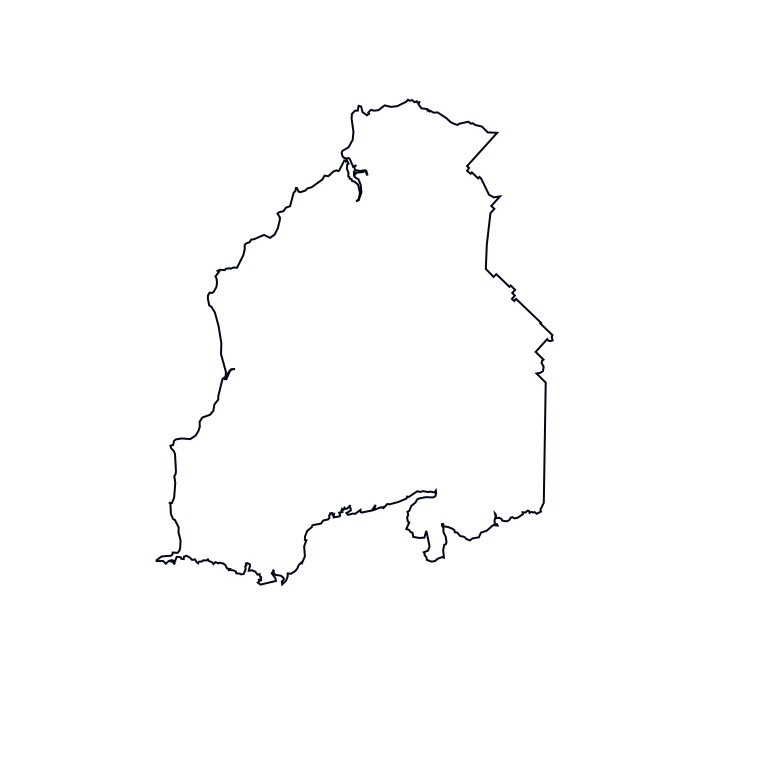 George Town, Tasmania, Australia, rotated 303°
{"feature_id": "25037944B54594589896924", "entity_name": "George Town", "entity_type": "district", "adm_level": 2, "iso_a3": "AUS", "parent_name": "Australia", "parent_adm1": "Tasmania", "projection": "robinson", "projection_center": [146.946, -41.12], "detail": "fine", "context": "isolated", "style": "outline", "palette": "ink", "viewbox_px": 768, "rotation_deg": 303, "n_neighbors": 0, "source": "geoboundaries", "source_scale": "gbopen_adm2", "svg_char_len": 6166}
<svg xmlns="http://www.w3.org/2000/svg" viewBox="0 0 768 768"><g transform="rotate(303 384 384)"><path d="M606.7,223.7L603.1,223.0L602.5,224.3L600.1,223.3L600.3,218.0L604.2,213.8L603.5,211.2L598.9,213.1L597.4,210.8L593.1,210.0L588.9,212.3L578.9,221.0L571.9,224.7L563.4,225.4L556.9,222.2L554.9,222.5L552.6,224.9L551.9,226.9L552.9,230.2L554.3,231.4L554.0,232.9L549.3,239.9L550.1,240.5L550.4,239.6L550.6,240.7L552.5,241.4L549.5,241.1L547.7,243.2L549.8,248.2L553.1,251.8L553.1,253.1L551.1,255.5L549.8,256.5L552.7,252.3L550.0,250.6L546.3,245.9L543.8,245.6L546.1,243.5L545.7,243.1L542.2,245.5L541.5,248.0L541.8,250.9L538.5,255.8L532.4,260.7L524.3,262.7L522.0,261.2L525.3,262.1L531.1,259.8L537.1,253.7L537.7,248.9L536.8,246.8L538.2,245.0L537.4,243.5L538.8,242.2L538.6,241.0L541.6,239.3L544.5,235.5L548.1,233.6L549.4,234.3L551.3,231.2L550.2,230.9L550.8,230.4L550.0,229.0L538.5,230.1L537.5,229.5L537.2,227.6L534.5,225.8L527.9,224.1L526.4,220.7L521.8,220.9L509.5,216.1L506.4,213.3L503.6,212.8L499.4,209.5L498.8,207.6L500.9,204.2L500.4,203.4L497.7,204.5L495.1,204.1L481.9,208.4L478.7,205.8L474.1,205.5L471.1,202.6L469.0,201.8L466.9,206.1L464.5,207.4L456.8,210.1L449.5,210.9L444.5,208.8L443.7,202.2L434.5,196.1L432.9,194.0L429.6,194.0L427.2,192.0L424.9,191.4L421.1,193.8L415.3,195.9L401.4,197.4L399.8,194.4L397.2,192.7L397.0,191.5L394.3,188.5L392.8,188.5L390.4,184.1L388.3,182.9L388.4,184.6L382.5,184.0L381.1,186.3L378.0,188.8L374.1,190.6L368.7,191.0L366.6,190.2L365.7,188.0L362.6,188.1L360.0,189.5L354.8,194.5L354.7,197.3L351.9,203.2L342.4,213.8L329.7,225.3L320.2,231.1L308.0,244.9L301.9,248.2L302.7,248.8L308.0,247.3L312.4,247.5L313.6,248.3L315.5,250.9L312.9,248.1L310.8,247.7L302.2,249.2L301.3,247.8L303.0,246.8L300.3,245.8L283.6,251.6L280.7,253.5L274.5,252.9L268.5,255.5L263.4,254.8L256.9,249.9L252.0,249.9L247.6,252.9L243.2,254.0L238.2,254.1L232.2,251.5L228.3,244.2L224.3,239.7L222.1,238.9L218.0,240.3L215.9,238.5L214.2,240.5L213.3,244.3L211.4,246.9L198.0,256.7L195.2,258.2L192.4,258.4L187.4,262.8L174.4,269.9L168.7,271.0L167.3,268.3L167.5,269.6L166.4,270.7L158.9,276.1L155.9,280.6L156.0,282.9L151.9,289.9L147.5,292.6L142.1,298.5L136.0,302.1L132.8,303.2L129.9,302.8L127.6,298.6L125.8,299.4L123.9,298.8L118.2,291.4L112.3,289.2L111.7,289.8L115.2,295.1L114.5,298.9L118.1,299.8L120.0,301.4L119.1,302.2L119.9,303.5L119.0,305.2L119.0,306.9L120.4,303.4L119.9,302.4L120.7,302.1L121.3,304.3L120.7,305.4L126.1,304.3L127.3,306.1L127.9,308.4L127.0,309.3L128.1,311.4L130.3,310.3L132.3,311.8L132.7,315.3L132.0,318.9L134.0,321.1L132.5,323.9L132.4,325.8L134.2,325.6L136.0,328.0L137.4,328.2L139.5,331.4L141.0,331.8L140.2,333.4L140.9,337.5L140.0,339.0L142.9,339.8L143.4,342.8L144.4,343.1L145.8,346.5L145.8,349.5L143.8,352.9L145.0,355.7L143.6,355.6L145.5,358.6L146.1,362.1L145.0,362.8L145.0,364.0L146.4,366.2L146.6,368.0L148.3,369.8L153.3,368.9L155.5,366.9L157.1,367.3L158.3,365.9L159.4,367.1L159.7,369.7L159.0,370.4L153.7,372.3L155.9,374.8L156.5,378.4L155.2,381.8L156.8,383.2L154.9,385.1L155.1,386.2L152.4,387.7L151.4,387.1L152.3,385.0L150.6,386.8L148.7,386.3L148.5,389.7L160.0,400.7L162.1,398.5L164.1,392.9L167.0,393.1L167.6,391.8L167.4,393.3L166.3,393.5L164.9,395.6L164.9,397.2L167.1,402.0L166.6,405.5L165.3,406.5L162.7,405.9L160.5,407.8L165.5,409.0L170.2,408.0L172.6,406.4L174.2,409.3L178.5,411.3L181.6,411.8L185.7,411.1L190.3,412.2L187.8,413.0L196.4,411.5L204.3,405.5L210.7,404.0L210.1,402.6L213.1,400.8L218.9,399.6L224.6,401.4L226.6,400.9L232.5,407.1L236.4,407.4L240.1,410.9L241.8,411.2L244.0,409.6L246.1,409.9L246.0,408.7L247.6,411.1L246.2,412.3L247.6,413.0L244.8,414.5L248.9,418.9L249.9,418.8L251.7,416.5L253.7,418.7L254.5,417.3L256.4,416.9L256.2,418.6L258.7,418.3L258.4,419.8L259.6,421.1L264.1,421.8L262.1,422.2L261.5,423.8L259.8,425.0L255.3,422.8L254.6,425.1L258.4,428.5L259.5,430.6L265.6,432.8L263.8,434.3L264.2,435.5L271.3,442.7L278.1,442.8L273.0,444.2L279.1,448.7L279.2,449.9L280.5,450.6L280.1,451.2L285.3,452.2L285.9,454.0L293.0,460.4L300.3,465.3L302.9,464.3L302.0,464.9L302.8,466.3L312.1,470.3L313.2,473.0L315.5,475.3L317.5,480.1L318.8,481.1L320.6,485.5L322.8,485.5L320.8,487.2L317.9,488.2L315.6,487.0L311.9,480.7L307.1,475.8L305.2,474.7L301.5,474.9L296.6,473.3L291.5,474.3L289.7,473.3L287.5,475.6L284.6,476.1L281.6,479.0L281.6,480.6L274.5,481.7L275.3,484.3L274.3,487.1L274.8,488.9L271.7,491.8L274.0,497.3L277.1,501.5L283.9,499.5L272.7,510.6L268.3,511.7L264.5,509.0L263.9,510.5L262.7,511.1L261.6,514.2L259.8,515.7L261.0,520.8L263.5,523.3L266.5,524.1L270.5,527.0L271.0,528.8L276.8,524.2L281.9,522.1L283.2,523.1L285.3,522.6L289.3,519.2L292.1,514.6L295.5,512.3L296.7,509.9L298.3,509.0L298.8,509.9L297.1,511.6L298.9,515.4L299.9,520.2L299.7,522.7L298.2,524.2L299.3,526.2L298.0,530.5L299.5,534.6L298.9,537.5L299.5,541.2L302.7,542.3L307.0,547.0L312.2,546.3L316.8,550.0L325.1,552.4L327.2,556.4L328.0,555.2L326.7,553.3L330.0,550.9L333.6,549.9L334.4,549.0L335.3,548.7L335.3,548.0L335.9,547.5L335.5,548.7L332.7,551.4L334.5,553.4L334.8,555.9L333.9,557.6L335.0,560.5L336.2,562.2L338.7,563.3L341.0,563.1L342.3,564.3L342.3,566.6L344.6,568.9L350.4,571.4L351.9,570.0L353.2,572.6L356.1,573.5L356.4,574.8L355.2,576.3L357.0,577.2L357.4,579.1L358.6,580.0L358.4,582.8L362.5,585.1L363.8,583.6L371.4,582.7L473.2,518.9L475.9,506.2L478.4,508.9L481.3,510.3L485.3,508.6L487.5,504.7L489.6,503.9L491.3,504.5L493.5,493.7L510.5,496.4L509.9,497.9L510.2,499.7L512.4,501.7L514.9,499.0L516.7,498.7L519.9,482.2L520.8,482.4L527.3,448.4L524.5,448.0L525.1,444.9L529.4,445.6L530.2,442.0L534.4,442.7L535.6,436.6L533.8,436.3L537.3,418.4L533.5,417.6L536.0,406.7L556.9,394.3L585.3,380.2L591.0,381.2L591.7,377.0L604.5,379.1L600.4,374.5L599.9,369.0L609.2,353.6L609.6,351.3L607.7,351.0L609.3,342.4L607.4,342.1L608.1,337.5L611.5,337.7L612.0,335.0L656.3,342.1L651.5,334.0L653.2,325.8L651.0,319.7L650.9,316.1L649.6,315.0L649.9,311.9L643.2,305.3L641.3,304.7L640.4,301.2L639.9,297.3L640.9,291.8L641.0,281.1L638.6,277.9L638.3,273.8L637.3,273.7L637.1,271.6L638.1,271.5L638.0,270.3L635.6,265.2L637.4,260.6L639.5,260.1L638.2,258.7L638.9,257.5L637.0,256.2L637.4,253.0L635.6,251.4L635.4,249.3L632.6,248.8L624.1,243.7L620.2,238.9L618.0,232.8L610.6,230.2L607.8,226.7L606.7,223.7Z" fill="none" stroke="#020617" stroke-width="2"/></g></svg>